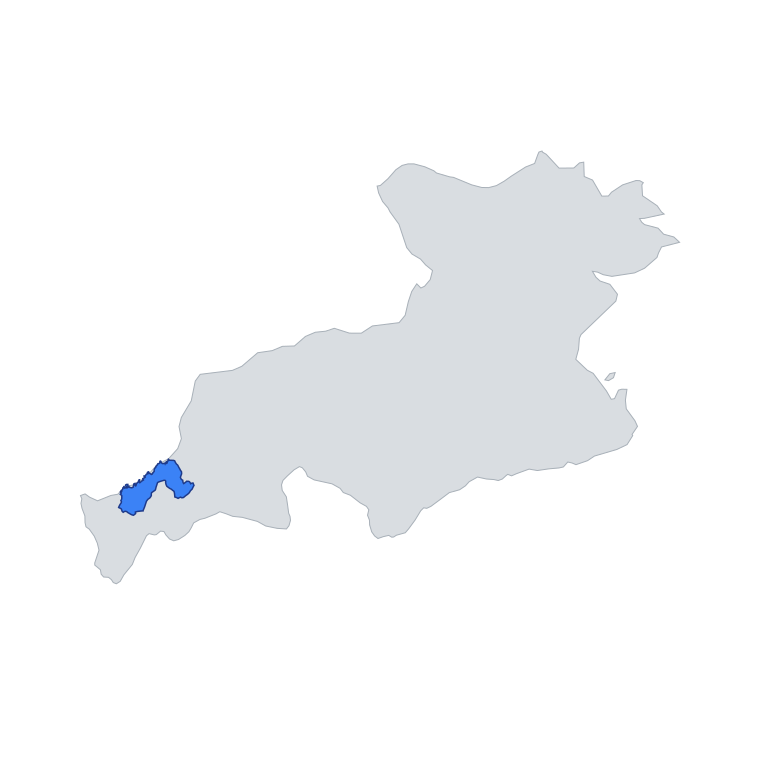 Chongjin City, Hamgyŏng-bukto, North Korea (highlighted), rotated 198°
{"feature_id": "82179303B21659587132529", "entity_name": "Chongjin City", "entity_type": "district", "adm_level": 2, "iso_a3": "PRK", "parent_name": "North Korea", "parent_adm1": "Hamgyŏng-bukto", "projection": "orthographic", "projection_center": [129.876, 42.022], "detail": "fine", "context": "in_parent", "style": "filled", "palette": "blue", "viewbox_px": 768, "rotation_deg": 198, "n_neighbors": 0, "source": "geoboundaries", "source_scale": "gbopen_adm2", "svg_char_len": 6354}
<svg xmlns="http://www.w3.org/2000/svg" viewBox="0 0 768 768"><g transform="rotate(198 384 384)"><path d="M451.7,570.1L448.8,571.7L443.7,580.4L438.9,591.5L434.3,597.5L429.1,600.8L423.5,602.6L412.4,603.2L402.5,602.2L399.3,600.9L385.6,601.3L381.7,602.0L362.1,600.5L351.8,601.1L345.2,603.1L338.4,607.4L332.4,614.0L327.1,621.1L316.4,634.1L308.9,640.3L308.6,649.7L308.3,652.5L305.7,654.4L304.9,653.5L300.7,652.6L284.2,643.4L270.2,648.1L266.4,654.7L262.6,656.7L257.7,643.2L248.7,642.4L234.9,630.0L228.7,632.1L226.9,636.7L218.6,647.1L207.2,655.4L203.6,656.4L199.6,655.6L200.3,653.1L196.3,642.9L179.2,637.9L173.2,633.3L170.1,632.2L187.6,622.0L192.1,620.3L188.9,617.5L185.4,616.1L171.5,616.9L164.4,612.9L153.8,613.4L146.7,610.1L162.4,600.1L163.4,593.6L163.5,588.7L171.9,574.7L180.0,567.1L200.5,556.8L209.2,555.7L215.4,556.4L220.6,555.6L215.4,551.0L210.3,548.7L200.0,548.6L189.7,541.5L189.1,534.5L211.9,491.9L212.3,487.9L209.7,477.1L209.2,466.7L194.9,459.9L188.4,458.8L170.3,446.1L163.2,439.7L160.2,441.3L159.1,450.6L156.3,452.5L151.3,454.0L149.4,443.2L145.9,435.2L134.0,426.6L129.8,422.0L132.5,412.7L131.5,411.8L134.1,401.5L142.2,393.8L161.6,380.5L166.7,374.0L176.5,366.6L180.7,367.0L185.1,366.6L186.6,363.2L187.8,360.5L191.7,358.2L200.9,354.3L211.4,349.1L219.7,347.9L230.1,339.8L234.3,336.1L238.4,336.3L239.6,334.6L242.1,330.2L245.5,327.5L249.9,327.1L257.2,325.3L266.3,324.4L272.8,317.4L275.1,312.3L279.4,306.8L288.3,300.9L294.6,291.9L301.6,282.1L304.9,279.0L308.0,278.5L309.9,274.8L312.4,264.2L315.8,253.9L317.8,249.1L325.5,244.0L327.5,241.5L329.3,240.7L332.7,241.5L337.5,238.6L342.0,235.2L346.0,236.6L350.0,239.6L354.1,245.5L355.8,250.1L359.1,254.1L359.6,259.7L362.9,262.2L370.0,263.6L381.6,267.8L389.2,268.2L393.5,271.2L402.6,273.0L420.8,271.2L428.2,272.6L431.3,276.2L435.8,279.1L438.9,279.3L443.0,274.6L447.4,266.9L450.3,261.1L450.3,256.4L447.9,251.3L442.0,246.5L438.3,239.1L434.7,231.6L432.5,229.1L430.8,225.4L430.6,219.8L432.0,216.0L441.0,213.7L452.6,212.4L461.9,214.2L477.5,213.4L487.0,211.4L494.1,211.8L500.7,211.8L503.6,208.6L512.8,201.0L517.2,198.3L522.1,193.1L522.9,187.6L523.9,183.2L526.6,178.4L531.4,172.6L535.5,169.9L540.0,170.3L544.7,173.0L547.7,175.7L551.1,175.0L554.0,170.4L555.8,169.5L561.2,169.1L563.0,166.3L565.0,152.7L567.1,142.1L567.6,134.6L572.4,122.2L573.9,114.8L576.8,111.3L580.1,111.5L582.8,113.7L586.3,115.0L591.0,113.8L594.2,115.7L596.3,119.7L603.1,122.4L603.8,124.4L603.7,137.9L607.5,144.1L612.6,149.8L619.5,154.9L623.3,156.1L625.5,159.8L627.7,166.1L632.7,172.3L635.3,176.8L635.9,181.5L638.2,184.1L634.3,187.1L629.0,185.4L620.3,184.4L609.3,193.6L603.1,196.9L598.8,206.0L590.1,211.4L585.3,217.2L579.2,227.1L575.1,236.7L565.7,246.5L560.2,258.8L559.8,269.4L565.8,280.2L566.4,289.5L562.1,308.4L564.4,328.5L561.8,336.4L532.4,350.1L524.7,356.9L513.8,374.7L500.6,381.2L492.3,388.4L480.9,392.5L473.4,405.0L465.3,412.0L455.8,416.2L448.5,421.6L432.6,421.7L421.3,425.3L413.0,435.6L388.6,447.0L385.1,455.9L386.3,469.9L386.2,480.6L383.8,489.4L378.6,486.7L375.6,489.5L372.3,497.6L372.9,506.9L381.2,510.1L387.9,514.1L397.5,516.2L404.5,520.7L419.2,540.6L431.4,549.5L434.6,552.7L441.7,557.1L448.1,564.0L451.7,570.1ZM172.4,463.6L167.7,466.3L167.7,460.9L171.5,456.6L175.2,456.2L172.4,463.6Z" fill="#d9dde1" stroke="#a8b0b8" stroke-width="1"/><path d="M581.8,181.7L581.5,182.0L580.2,184.0L580.9,185.4L579.1,186.6L577.4,187.4L576.1,188.0L573.9,188.9L574.0,189.2L573.8,191.7L573.7,193.1L573.7,196.0L573.7,199.1L572.9,201.4L571.6,203.1L571.1,204.5L570.8,205.9L571.3,207.4L571.5,208.8L570.2,210.5L568.9,212.2L568.7,213.1L568.9,215.1L568.9,217.1L568.9,218.5L568.9,220.2L568.3,221.0L566.3,222.5L564.7,223.6L563.4,224.5L562.4,224.7L561.6,224.2L561.2,222.7L560.2,221.0L558.9,219.6L557.1,219.0L555.6,218.5L553.6,218.2L552.3,217.6L551.3,217.3L550.5,217.0L549.5,215.3L549.0,214.2L548.0,211.9L547.8,211.9L547.3,211.9L546.2,211.9L544.5,211.6L543.7,212.5L542.4,213.6L541.1,213.3L539.6,214.1L538.0,216.7L536.7,218.4L535.6,220.4L535.1,222.7L534.0,224.7L533.8,226.6L533.4,228.9L533.8,229.3L535.0,230.8L535.8,230.5L536.6,229.9L537.1,229.4L537.8,230.2L538.6,230.8L539.6,231.1L540.6,230.8L541.7,230.5L542.2,229.4L543.7,227.4L544.5,228.0L545.0,228.8L545.7,230.3L546.8,230.5L547.8,231.1L548.8,232.3L548.8,234.3L548.7,236.0L549.4,237.8L549.5,238.0L551.0,239.1L552.5,240.6L553.3,241.2L554.3,242.3L555.3,243.2L556.6,243.7L558.1,244.9L559.4,246.3L560.6,246.3L562.4,245.8L564.5,245.2L565.8,245.8L565.9,245.4L565.9,244.8L565.6,244.3L566.0,243.1L565.9,242.0L566.1,241.4L566.5,241.6L566.7,243.0L567.0,242.8L567.1,242.2L567.1,241.8L567.4,241.5L567.5,240.5L567.8,240.9L568.2,240.9L568.9,240.3L569.9,239.9L570.5,239.9L571.3,240.3L572.3,241.5L572.9,241.6L573.2,241.2L573.0,240.2L572.8,239.8L573.0,239.3L573.7,238.6L574.2,238.5L574.5,238.1L574.6,237.3L574.7,236.7L575.5,235.1L575.3,234.1L576.0,233.0L576.1,231.2L575.6,230.2L575.6,229.7L576.4,228.2L576.3,227.8L576.8,227.0L576.7,226.5L577.2,226.1L577.6,226.1L578.0,226.3L578.3,226.4L579.4,226.6L580.1,227.0L580.5,227.6L580.9,227.7L581.1,227.6L581.7,226.8L581.5,226.3L580.8,226.0L580.9,225.5L581.6,225.5L582.2,224.6L582.6,223.1L582.8,222.7L583.8,222.4L583.7,222.1L582.6,221.9L582.3,221.6L582.7,220.9L583.7,220.0L584.2,219.4L584.0,218.9L583.5,218.8L583.1,218.4L583.9,217.4L584.7,216.6L584.8,216.3L585.4,215.0L585.9,214.6L586.4,214.9L586.7,215.9L586.9,217.4L587.2,217.3L587.4,216.9L587.3,216.2L587.5,215.8L587.1,215.3L587.4,214.9L588.2,213.9L588.2,213.5L588.6,212.5L588.5,211.0L588.6,210.4L588.9,210.3L589.2,210.5L589.6,210.9L590.1,212.5L590.7,212.1L591.1,211.5L590.9,210.8L590.9,209.4L590.6,208.6L590.7,208.3L591.1,207.9L591.7,207.4L592.5,207.2L595.1,207.0L595.0,207.9L596.0,207.9L596.3,208.2L596.6,209.2L596.6,209.3L597.6,209.1L598.3,208.5L598.6,207.8L598.3,207.3L596.5,206.5L596.1,206.0L596.4,205.7L597.6,205.6L598.2,205.0L598.8,204.8L599.1,205.0L599.4,206.0L599.7,206.0L599.8,205.0L600.3,204.4L600.1,203.8L600.0,203.5L600.5,201.9L601.0,201.5L601.0,201.3L600.3,200.9L600.3,200.6L600.4,200.3L600.6,200.3L600.8,200.6L601.2,200.6L601.4,200.3L601.2,199.7L600.4,199.1L600.2,198.6L600.8,197.7L598.9,196.8L598.4,195.3L597.9,193.6L598.2,191.7L597.4,191.1L597.2,189.9L597.7,188.2L598.0,186.8L598.2,185.1L598.3,184.0L598.0,184.5L596.4,184.3L595.2,184.0L593.7,182.0L592.4,181.4L591.4,182.6L590.4,183.1L589.1,183.1L588.1,182.6L586.6,182.3L585.3,182.0L583.8,181.7L582.0,181.7L581.8,181.7Z" fill="#3b82f6" stroke="#1e3a8a" stroke-width="1.5"/></g></svg>